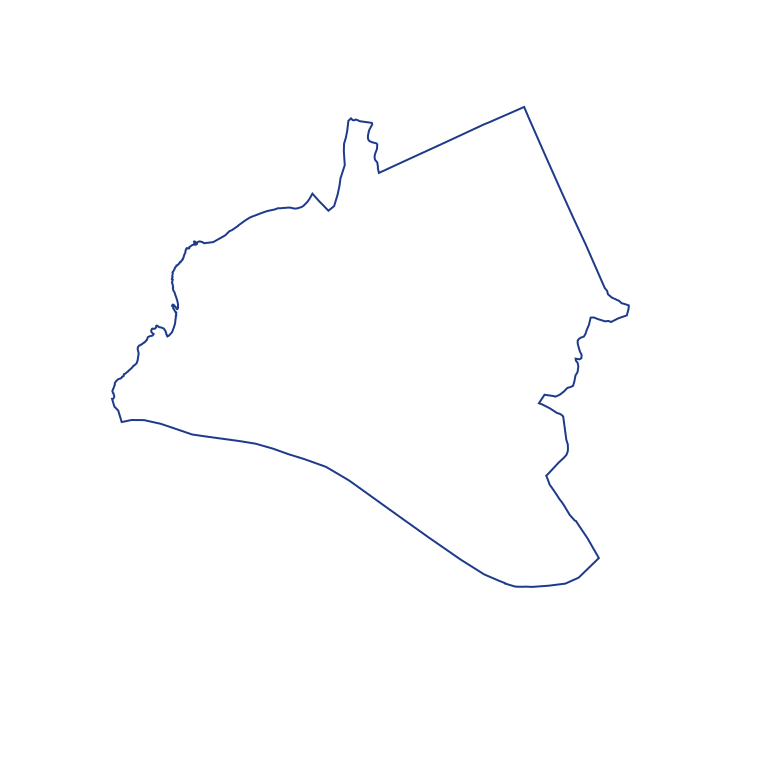 the district of San Cristóbal, Bolívar, Colombia, rotated 156°
{"feature_id": "7082276B17272227994526", "entity_name": "San Cristóbal", "entity_type": "district", "adm_level": 2, "iso_a3": "COL", "parent_name": "Colombia", "parent_adm1": "Bolívar", "projection": "natural_earth1", "projection_center": [-75.055, 10.374], "detail": "fine", "context": "isolated", "style": "outline", "palette": "blue", "viewbox_px": 768, "rotation_deg": 156, "n_neighbors": 0, "source": "geoboundaries", "source_scale": "gbopen_adm2", "svg_char_len": 6130}
<svg xmlns="http://www.w3.org/2000/svg" viewBox="0 0 768 768"><g transform="rotate(156 384 384)"><path d="M346.6,145.6L343.4,144.0L339.9,142.4L337.1,141.3L331.0,138.3L315.4,132.7L299.6,127.9L285.0,127.9L258.5,137.6L259.8,149.9L260.8,160.1L263.5,175.4L264.3,180.6L265.3,181.7L267.6,188.9L268.8,199.0L269.4,202.8L270.5,207.4L271.8,215.6L273.6,224.8L273.2,230.1L273.1,234.2L270.9,235.0L256.6,241.1L249.8,243.4L246.2,245.0L243.5,247.8L242.2,250.2L240.7,254.0L240.1,258.9L233.5,281.5L234.6,284.0L235.7,285.4L237.7,287.1L242.3,294.2L247.6,300.8L250.3,303.4L241.7,308.9L233.7,303.8L232.9,302.9L231.5,302.7L229.5,302.7L227.4,302.8L222.5,304.0L218.2,305.8L214.6,305.4L212.1,305.4L209.3,308.6L205.6,313.9L202.4,316.1L199.3,321.0L198.5,324.7L199.2,327.2L198.6,329.2L195.3,327.0L193.2,327.3L191.6,330.2L191.8,334.1L191.5,336.4L190.8,341.1L190.4,342.7L189.4,344.8L187.6,345.9L185.3,346.3L182.2,346.0L179.7,347.7L176.9,350.8L172.8,354.6L168.2,360.6L165.2,359.4L162.2,356.3L156.5,351.3L153.3,350.3L151.4,348.3L143.1,348.7L134.3,347.9L130.3,352.8L128.7,355.4L128.5,356.4L132.0,359.5L134.1,361.2L135.4,364.3L140.8,370.4L142.9,374.9L142.3,378.4L143.3,381.9L143.0,429.1L143.5,458.7L143.7,485.7L143.7,525.6L143.5,569.0L143.3,580.1L181.6,580.3L187.4,580.5L228.4,579.8L273.3,579.3L302.8,578.9L301.8,583.8L301.0,585.2L300.7,586.9L300.2,588.4L300.1,589.4L300.9,592.1L300.8,593.9L300.2,595.3L299.2,597.1L297.3,599.1L294.8,601.6L292.8,605.4L292.8,606.4L293.2,607.0L296.9,610.0L298.5,611.9L298.9,613.4L298.7,615.1L297.7,617.3L295.6,620.3L293.9,622.3L290.6,624.8L289.1,626.0L288.9,627.4L289.9,628.1L299.5,634.1L300.1,635.0L301.0,636.0L302.5,637.2L303.4,637.0L304.4,637.2L305.4,638.0L305.7,639.2L306.1,640.1L309.5,638.9L314.6,630.3L318.6,624.6L322.8,619.7L326.1,612.8L330.8,599.9L340.1,589.6L344.1,583.1L349.1,576.2L357.2,566.8L364.3,564.9L366.7,571.6L368.7,576.8L372.0,587.0L375.7,584.2L377.2,583.2L379.9,581.5L382.1,580.7L384.8,579.6L386.4,579.3L387.4,579.2L389.9,579.5L392.1,579.8L394.3,580.6L398.1,583.4L400.8,584.5L403.3,585.3L404.9,586.0L406.5,586.4L409.5,587.7L412.9,587.9L420.3,589.5L427.3,590.1L430.5,590.2L436.7,590.6L438.7,590.6L440.0,590.5L444.5,589.8L451.7,588.3L453.5,587.7L455.6,587.3L457.8,586.9L460.4,586.4L463.0,586.5L468.5,584.4L482.4,583.1L491.1,585.8L491.6,586.4L491.9,587.2L492.3,587.7L492.9,588.0L494.2,589.2L495.9,589.5L496.9,589.3L497.7,588.3L498.4,587.8L498.9,587.8L498.8,588.2L498.4,588.7L498.4,588.8L498.3,590.1L498.7,590.9L499.3,591.4L499.6,591.4L499.7,590.7L500.1,589.7L500.1,589.4L500.3,589.0L500.5,588.4L500.9,588.5L501.8,588.9L503.5,588.8L505.0,588.4L506.1,588.3L506.5,587.9L506.8,587.2L507.2,587.2L507.7,587.7L508.2,587.7L508.5,588.1L509.0,588.3L509.3,587.9L509.7,587.7L510.2,587.6L510.7,586.8L511.2,586.4L511.5,585.9L511.8,585.2L512.1,584.7L513.2,584.0L513.6,583.4L514.5,582.7L515.1,582.0L515.2,581.5L515.9,580.9L517.3,580.0L517.3,579.5L519.3,578.8L519.7,578.4L520.0,578.3L520.3,578.1L520.8,578.4L521.4,577.9L521.7,577.6L522.6,577.2L522.8,577.0L523.4,576.9L524.0,576.8L524.2,576.6L524.3,576.5L525.3,576.7L525.5,576.3L526.1,576.0L526.4,575.8L527.5,575.4L528.0,574.9L528.5,574.2L529.5,573.6L529.9,573.3L530.4,572.8L530.7,572.5L531.2,572.4L531.6,572.2L531.9,571.8L531.9,571.1L533.3,569.0L533.4,568.6L533.8,568.3L533.8,567.4L534.5,566.9L534.7,566.6L535.0,566.4L535.2,566.1L534.9,565.5L534.6,565.2L536.0,563.5L536.5,562.8L536.4,562.4L536.6,561.7L536.5,561.0L537.1,559.4L537.1,558.4L537.6,557.9L538.0,557.5L538.0,556.9L538.4,555.3L538.3,554.6L538.1,552.6L538.4,550.5L538.6,547.3L539.2,542.8L540.1,539.7L540.8,538.5L541.0,537.7L541.3,537.2L542.2,536.6L542.6,536.5L542.8,536.7L542.8,537.3L543.0,537.9L543.1,538.7L543.0,539.1L543.4,539.8L543.5,540.6L543.8,541.4L544.1,542.0L544.5,542.4L544.9,542.4L545.4,542.0L545.5,541.9L544.7,541.8L544.7,541.2L545.2,540.8L545.4,540.2L545.4,539.6L545.8,539.0L545.8,538.6L545.5,537.7L545.3,534.4L544.7,534.0L544.8,533.3L545.6,532.4L545.8,531.9L545.8,531.2L546.2,530.7L546.6,530.7L547.0,530.0L547.4,528.9L548.4,527.6L549.1,526.2L550.3,524.2L553.2,520.9L556.4,517.7L557.4,517.1L558.4,516.8L559.7,516.1L561.4,515.6L562.5,515.5L562.6,515.8L562.7,516.4L562.4,517.0L562.6,517.8L562.6,518.4L562.2,519.2L562.3,520.1L562.1,521.2L562.5,523.7L562.8,524.4L564.2,525.9L564.9,526.5L565.9,527.1L566.8,528.2L567.2,529.2L567.7,529.7L568.5,529.7L568.8,529.0L569.1,528.5L570.2,527.9L570.6,527.8L570.8,527.9L571.6,527.9L572.3,528.3L572.6,528.6L573.0,528.8L573.5,528.8L573.7,528.6L574.2,528.1L574.8,527.7L575.0,527.3L575.2,527.0L575.3,526.5L575.3,526.1L575.1,525.2L574.7,524.4L574.2,523.6L574.1,523.3L575.5,522.5L575.9,522.4L577.0,522.6L578.5,522.9L580.2,522.9L580.7,522.8L581.1,522.5L582.3,521.0L582.7,520.7L583.4,520.6L584.1,520.0L584.4,520.0L584.8,519.9L585.2,519.6L585.7,519.6L585.9,519.4L586.7,519.3L586.9,519.4L587.8,519.1L588.2,519.1L588.9,518.8L589.4,518.9L589.9,518.8L590.6,518.5L591.3,518.7L592.0,518.7L593.5,518.0L594.0,517.5L594.5,516.7L594.9,515.8L595.5,512.6L595.8,511.6L596.0,511.1L598.1,508.0L598.7,507.1L599.1,506.3L599.7,505.5L600.5,504.8L600.8,504.4L601.5,503.6L604.0,502.7L604.3,502.6L604.6,502.5L605.3,502.6L605.7,502.5L606.1,502.3L606.4,502.0L606.9,501.7L608.1,501.2L608.9,501.0L610.6,500.4L611.3,500.2L612.0,500.0L612.4,499.7L613.1,499.5L614.6,499.2L615.7,498.8L616.3,498.7L616.9,498.7L617.3,498.8L617.8,498.6L618.1,498.1L618.3,497.6L618.5,497.3L618.9,497.1L619.3,497.1L619.7,497.0L620.0,497.2L620.6,497.0L620.8,496.7L621.4,496.4L621.8,496.4L622.6,496.2L623.1,496.2L623.9,496.5L625.0,496.4L626.0,496.1L627.0,495.8L627.5,495.6L628.3,495.1L629.1,494.7L629.5,494.3L629.9,493.7L630.2,492.8L630.5,492.5L630.8,492.4L631.3,491.7L632.3,490.6L633.1,490.0L633.8,489.2L634.6,488.6L634.8,488.3L635.0,488.0L635.1,487.4L635.3,486.0L635.2,485.8L634.9,485.5L634.9,485.3L635.1,484.5L635.3,483.9L635.3,483.1L635.6,482.1L635.9,481.7L637.3,480.8L637.7,480.6L638.1,480.5L638.5,480.8L639.5,473.0L637.6,467.9L639.1,455.9L629.3,453.8L617.9,448.6L604.1,438.4L579.9,416.0L569.2,409.2L538.7,390.3L525.6,381.7L511.6,370.0L499.9,358.8L488.0,348.4L470.7,331.9L455.1,310.0L425.6,259.6L405.4,225.3L385.2,192.1L370.0,169.4L358.9,157.4L354.4,152.8L354.6,152.5L346.6,145.6Z" fill="none" stroke="#1e3a8a" stroke-width="2"/></g></svg>